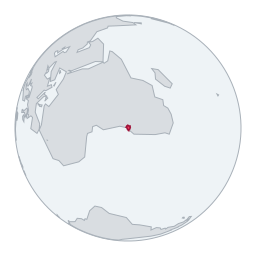 globe centered on Benguela, rotated 289°
{"feature_id": "AGO-1887", "entity_name": "Benguela", "entity_type": "Province", "adm_level": 1, "iso_a3": "AGO", "parent_name": "Angola", "parent_adm1": "", "projection": "orthographic", "projection_center": [13.731, -12.811], "detail": "fine", "context": "on_globe", "style": "filled", "palette": "rose", "viewbox_px": 256, "rotation_deg": 289, "n_neighbors": 0, "source": "natural_earth", "source_scale": "10m", "svg_char_len": 5663}
<svg xmlns="http://www.w3.org/2000/svg" viewBox="0 0 256 256"><g transform="rotate(289 128 128)"><circle cx="128" cy="128" r="113" fill="#eef3f6" stroke="#a8b0b8"/><path d="M65.8,34.1L64.9,34.7L63.3,35.9L58.8,39.1L58.7,39.2L65.8,34.1ZM51.6,45.2L52.2,44.7L54.1,43.0L52.9,44.2L49.6,47.1L51.6,45.2ZM17.8,104.7L18.3,102.4L17.1,108.7L18.6,102.2L18.4,104.4L20.8,101.5L20.3,103.1L22.2,108.4L26.1,109.4L27.1,113.6L26.4,116.8L28.2,116.9L28.3,118.8L37.3,118.7L43.4,122.1L44.2,128.9L41.1,138.0L42.8,155.6L38.3,163.4L40.2,170.6L42.1,182.2L39.0,182.9L43.1,187.3L44.0,191.0L42.8,192.2L45.4,195.7L44.7,196.5L47.1,198.2L50.1,203.7L54.0,206.8L57.3,211.1L59.9,212.8L59.6,213.1L60.4,214.2L61.8,215.3L59.1,214.5L53.6,210.3L51.1,207.6L50.7,207.7L45.0,200.9L46.0,202.6L38.3,193.4L33.3,185.1L22.6,162.6L20.9,158.8L19.0,155.7L17.3,148.9L16.0,140.1L15.4,131.2L15.5,122.3L16.3,113.4L17.8,104.7ZM65.0,216.6L60.0,215.1L62.2,215.6L60.2,213.3L64.2,214.8L65.0,216.6ZM60.8,210.4L60.6,208.7L61.6,209.1L61.9,210.3L60.8,210.4ZM165.7,21.9L166.2,22.0L166.9,22.3L166.8,22.2L174.1,25.2L181.3,28.7L188.1,32.7L194.7,37.2L200.9,42.1L206.8,47.5L212.3,53.2L217.3,59.4L221.9,65.8L226.1,72.6L229.7,79.6L232.9,86.9L235.5,94.4L237.6,102.1L237.4,101.0L238.8,108.4L240.0,115.6L240.6,124.5L240.4,121.7L239.7,114.1L239.1,110.8L238.0,104.1L235.1,93.3L234.8,93.7L233.6,89.8L229.5,80.6L228.4,81.1L227.4,88.4L229.3,98.3L228.1,101.9L221.6,85.7L217.8,76.0L216.0,76.1L208.9,67.2L198.1,64.0L196.1,61.6L194.1,62.1L189.0,59.2L185.8,55.4L182.9,55.2L191.4,65.3L194.5,65.7L196.3,62.7L198.2,66.3L203.1,70.3L199.4,77.6L182.5,82.8L180.2,75.4L163.5,55.7L163.5,53.9L163.4,53.6L163.2,53.2L162.4,56.3L159.3,52.8L169.0,65.6L171.0,71.3L182.3,83.2L181.4,84.3L184.9,87.0L194.9,85.7L195.1,88.2L190.8,99.3L176.3,114.5L177.8,126.6L176.0,137.0L166.1,143.2L166.1,151.7L160.8,154.4L159.8,159.2L155.1,164.3L147.5,169.1L135.6,169.0L135.5,164.5L130.6,155.8L124.1,135.6L127.8,126.5L127.0,119.7L118.3,105.3L120.3,97.2L117.8,94.1L112.7,95.2L109.7,91.5L106.6,91.7L86.5,96.5L80.0,92.5L71.3,79.4L74.7,73.3L74.6,67.1L97.2,44.7L102.8,45.1L121.4,41.6L123.9,42.1L122.5,46.2L137.1,51.2L140.9,47.6L153.3,51.0L161.1,51.4L162.5,43.9L149.7,43.0L146.7,39.4L156.3,37.0L167.4,38.6L166.5,37.3L158.9,33.8L160.8,32.0L156.2,32.5L158.6,33.9L155.7,34.4L153.4,33.3L154.2,32.6L150.7,31.8L148.0,35.8L150.1,37.7L141.3,38.2L144.0,41.4L141.8,42.9L136.5,38.1L136.5,36.4L127.2,31.9L126.4,33.6L135.1,38.1L132.7,37.8L131.7,40.7L130.5,38.2L121.2,33.4L112.8,35.1L103.3,43.1L98.1,44.4L93.3,43.7L95.7,36.3L106.9,34.3L107.9,32.2L104.6,29.9L108.3,29.6L108.4,28.6L112.5,28.1L117.4,25.4L121.5,24.9L122.5,22.3L124.7,21.8L123.5,23.4L124.8,24.5L134.8,24.2L136.4,23.7L136.3,22.1L139.1,22.5L137.6,21.1L142.9,20.8L135.3,20.1L134.9,18.8L137.6,18.1L136.1,17.7L131.7,18.9L131.2,19.7L133.0,20.4L130.4,22.9L127.1,23.4L124.6,20.7L119.8,21.4L120.0,19.4L131.7,16.3L137.1,16.2L147.8,18.0L147.1,18.4L142.9,17.8L147.6,19.3L146.8,18.7L149.1,19.2L149.4,18.5L151.0,18.9L148.4,17.8L150.4,18.2L152.0,18.8L154.1,18.7L158.1,19.6L157.8,19.4L156.3,19.0L162.3,20.7L162.1,20.6L165.7,21.9ZM90.4,54.8L90.0,56.5L90.4,54.8ZM179.8,44.9L185.9,46.4L181.8,41.5L183.8,41.8L181.7,40.1L181.5,41.1L176.1,37.0L178.2,36.4L176.8,34.6L174.7,34.1L171.6,35.9L179.3,41.7L178.5,43.2L179.8,44.9ZM20.9,101.3L21.1,102.2L20.5,102.7L20.9,101.3ZM22.6,89.3L22.9,89.2L22.2,90.4L22.6,89.3ZM22.2,89.4L22.3,89.7L21.0,92.8L21.0,92.7L22.2,89.4ZM52.7,44.2L52.8,44.2L52.2,44.7L52.7,44.2ZM59.1,39.4L56.9,41.4L57.8,40.4L56.1,41.7L55.7,41.7L62.5,36.5L59.5,38.7L59.1,39.4ZM104.6,24.6L106.3,24.9L105.2,26.0L100.0,27.5L101.6,25.8L104.6,24.6ZM109.0,25.1L108.0,22.5L111.1,21.8L109.5,22.6L111.7,22.3L109.7,23.6L113.8,25.8L113.0,27.0L103.9,28.6L107.3,27.2L105.4,26.9L109.0,25.1ZM99.7,20.2L99.3,19.8L106.7,18.5L106.2,19.0L101.1,20.3L98.6,20.5L99.7,20.2ZM111.5,16.6L111.3,16.6L108.4,17.1L107.7,17.3L106.7,17.4L106.3,17.6L105.3,17.7L103.5,18.2L105.5,17.8L90.4,21.9L84.9,24.1L80.8,26.0L79.6,26.4L81.4,25.5L88.7,22.5L96.1,20.0L103.8,18.0L111.5,16.6ZM126.2,40.5L128.0,40.7L130.8,40.4L130.2,42.4L126.2,40.5ZM119.7,37.2L121.3,36.9L121.8,39.3L119.9,39.3L119.7,37.2ZM121.8,34.9L121.4,36.7L120.5,35.7L121.8,34.9ZM124.9,23.1L126.5,22.9L126.8,23.3L126.1,23.9L124.9,23.1ZM129.7,15.4L128.5,15.4L129.7,15.4ZM160.6,45.0L158.6,46.3L157.3,45.5L158.2,45.2L160.6,45.0ZM143.8,43.9L147.9,45.0L143.6,44.5L143.8,43.9ZM189.1,201.0L188.8,202.9L187.6,202.6L189.1,201.0ZM193.0,137.5L184.2,155.4L179.5,154.9L179.4,149.1L183.2,138.1L188.9,135.6L191.9,131.0L193.0,137.5ZM240.1,138.6L240.4,132.3L238.9,113.9L239.5,115.3L240.6,127.5L240.6,128.2L240.6,129.2L240.6,130.4L240.1,138.6ZM229.7,99.4L231.7,106.3L230.8,106.7L229.7,99.4ZM150.4,17.6L150.7,17.7L153.7,18.4L149.3,17.4L148.3,17.2L150.4,17.6Z" fill="#d9dde1" stroke="#a8b0b8" stroke-width="1"/><path d="M125.7,129.5L125.7,129.4L125.7,129.2L125.8,129.1L125.9,128.9L126.0,128.8L126.3,128.6L126.5,128.3L126.5,128.2L126.6,127.9L126.8,127.7L127.0,127.6L127.3,127.6L127.4,127.4L127.5,127.4L127.5,127.2L127.8,126.9L127.9,126.7L128.0,126.6L128.0,126.4L128.1,126.2L128.1,125.9L128.3,125.9L128.5,126.0L128.8,126.3L129.0,126.4L129.2,126.2L129.3,126.1L129.5,126.1L129.7,126.4L129.7,126.5L129.8,126.6L130.0,126.6L130.3,126.7L130.4,126.8L130.5,126.8L130.5,127.1L130.5,127.3L130.5,127.5L130.4,127.5L130.2,127.6L130.1,127.8L130.1,128.0L130.2,128.3L130.3,128.4L130.3,128.5L130.3,128.8L130.4,129.0L130.5,129.1L130.6,129.3L130.4,129.4L130.2,129.5L129.8,129.7L129.7,129.7L129.4,129.6L129.2,130.0L128.7,130.0L128.4,130.0L128.2,130.0L127.9,130.0L127.7,130.0L127.4,130.0L127.3,129.9L127.2,129.8L127.2,129.7L126.8,129.4L126.7,129.4L126.7,129.5L126.4,129.6L126.1,129.5L125.9,129.4L125.7,129.5L125.7,129.5Z" fill="#f43f5e" stroke="#9f1239" stroke-width="1.5"/></g></svg>